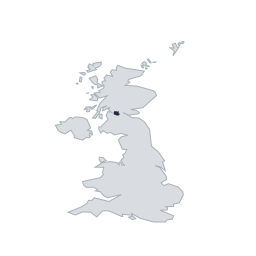 East Dunbartonshire highlighted on a map of United Kingdom, rotated 15°
{"feature_id": "GBR-2002", "entity_name": "East Dunbartonshire", "entity_type": "Unitary District", "adm_level": 1, "iso_a3": "GBR", "parent_name": "United Kingdom", "parent_adm1": "", "projection": "natural_earth1", "projection_center": [-4.202, 55.959], "detail": "fine", "context": "in_parent", "style": "filled", "palette": "slate", "viewbox_px": 256, "rotation_deg": 15, "n_neighbors": 0, "source": "natural_earth", "source_scale": "10m", "svg_char_len": 4107}
<svg xmlns="http://www.w3.org/2000/svg" viewBox="0 0 256 256"><g transform="rotate(15 128 128)"><path d="M138.8,194.0L126.4,200.5L122.5,200.0L117.8,196.7L112.8,197.2L114.9,195.5L110.6,194.0L103.1,196.1L99.9,194.6L97.9,191.4L114.0,183.2L116.4,179.2L115.0,178.0L114.7,172.3L106.3,174.3L112.3,168.1L119.5,165.1L125.8,164.3L129.1,165.9L128.1,163.5L129.5,162.9L131.6,165.1L134.0,165.0L129.5,161.3L131.5,157.3L129.8,155.2L131.8,153.1L132.3,149.1L128.0,150.0L121.9,142.1L123.7,138.3L129.8,135.0L122.5,135.1L116.7,138.1L112.5,136.9L108.8,138.5L104.5,136.9L103.2,139.8L100.0,136.7L99.5,134.4L101.2,134.4L106.5,125.0L103.5,121.4L104.5,117.3L107.9,117.1L104.2,115.1L104.8,113.1L99.0,118.0L98.9,114.8L102.1,111.8L96.6,115.7L96.6,120.2L94.1,127.1L91.1,127.5L94.9,119.6L93.2,119.4L94.5,111.5L99.5,102.3L92.9,106.4L86.2,103.0L91.9,100.6L90.1,99.7L93.9,96.1L94.3,93.8L91.1,91.2L91.0,89.6L94.1,88.2L91.8,86.0L93.7,82.2L100.0,82.2L96.5,78.8L97.5,75.8L102.1,75.4L101.0,73.2L102.0,70.0L110.1,70.9L129.1,68.8L126.9,74.3L116.2,80.8L115.6,82.7L118.0,83.3L114.2,87.6L125.9,85.2L142.8,85.4L145.7,87.0L147.0,89.5L137.1,104.5L125.8,109.4L131.7,108.8L135.0,110.3L134.7,111.4L125.1,115.5L119.1,114.3L129.5,116.9L135.8,115.5L142.2,117.8L149.2,123.8L155.4,139.5L163.4,143.2L171.9,150.2L170.2,152.0L175.0,159.5L169.4,157.2L163.8,157.4L169.1,158.0L177.3,164.6L178.6,167.8L174.2,172.5L177.6,174.3L181.6,171.3L191.8,172.1L197.4,175.3L198.8,178.5L196.8,187.0L191.7,189.7L192.4,192.0L184.9,194.2L187.0,194.9L187.0,197.1L180.3,199.1L194.7,201.0L194.5,204.3L189.5,206.8L188.3,209.1L177.4,212.1L163.0,212.1L153.7,209.6L155.0,211.1L144.8,212.8L145.9,214.7L144.8,215.1L130.8,213.0L124.9,214.6L120.9,221.9L113.4,219.0L105.6,220.9L99.9,225.6L92.0,224.9L103.2,216.4L107.7,211.9L108.6,208.1L111.9,207.2L113.5,204.2L128.7,203.9L138.8,194.0ZM87.4,151.4L78.4,151.3L78.4,149.4L73.4,144.9L68.8,149.9L64.8,149.7L61.2,148.4L57.2,144.1L62.8,141.5L60.6,139.6L65.8,138.4L68.3,133.6L70.6,132.5L72.2,133.3L74.4,130.8L81.1,129.8L86.0,130.2L91.8,137.5L89.5,140.7L93.7,140.3L95.2,143.2L95.0,144.3L92.4,142.3L92.6,145.4L94.0,145.6L93.3,147.4L90.1,148.1L87.4,151.4ZM85.6,73.6L83.8,76.7L80.7,78.4L82.4,79.7L75.0,84.5L73.2,83.4L76.4,81.4L73.7,80.0L74.7,79.2L73.3,78.4L74.1,76.1L78.3,76.7L77.6,74.7L85.1,71.1L85.6,73.6ZM86.2,88.9L86.3,92.3L92.8,93.9L88.3,97.2L87.7,94.4L83.7,94.3L77.6,90.0L83.3,86.0L86.2,88.9ZM151.8,33.9L154.7,37.3L156.1,36.8L152.9,46.7L153.0,41.9L147.9,39.6L151.8,38.8L149.0,35.9L151.8,33.9ZM91.1,109.8L83.6,110.7L86.1,107.1L83.6,105.7L86.6,104.3L91.4,107.1L91.1,109.8ZM111.6,163.1L115.4,165.1L110.8,168.3L108.2,165.9L108.0,163.6L111.6,163.1ZM86.1,117.3L86.7,122.2L83.6,123.1L83.7,120.0L81.0,121.5L82.1,118.6L86.1,117.3ZM129.1,60.5L128.8,62.2L133.1,63.1L127.5,63.7L124.9,61.9L126.4,59.7L129.1,60.5ZM100.5,126.0L97.3,125.4L96.8,122.0L99.4,121.6L100.5,126.0ZM158.9,213.5L156.2,215.4L151.7,213.9L155.3,211.9L158.9,213.5ZM88.4,119.4L86.9,117.9L91.8,113.9L90.8,115.9L88.4,119.4ZM71.5,85.7L73.1,86.7L71.8,88.4L67.2,87.2L71.5,85.7ZM70.7,95.9L68.9,95.6L68.6,91.1L70.6,91.3L70.7,95.9ZM156.2,35.6L154.5,34.0L155.5,32.0L156.9,32.6L156.2,35.6ZM133.5,59.0L132.3,59.4L129.0,56.5L130.1,56.1L133.5,59.0ZM127.5,65.9L126.0,66.1L124.4,63.9L126.1,64.0L127.5,65.9ZM159.8,30.4L159.1,32.6L157.8,32.4L157.9,30.4L159.8,30.4ZM137.6,57.5L134.4,58.2L137.9,57.0L137.6,57.5ZM84.2,98.6L83.3,98.8L82.1,97.7L83.6,97.1L84.2,98.6ZM131.2,65.3L130.2,66.6L129.3,65.4L131.2,65.3ZM80.7,104.7L78.7,105.3L81.3,104.0L80.7,104.7ZM68.3,98.6L67.1,98.8L66.6,98.5L67.8,97.6L68.3,98.6Z" fill="#d9dde1" stroke="#a8b0b8" stroke-width="1"/><path d="M114.1,115.5L114.1,115.8L114.3,115.9L114.3,116.3L114.4,116.7L114.5,116.9L115.0,116.8L115.4,116.8L115.5,116.9L115.5,117.1L115.5,117.4L115.3,117.6L115.1,117.7L114.7,117.7L114.0,117.6L113.7,117.7L113.7,117.8L113.8,118.0L113.6,118.0L113.4,118.0L113.1,118.0L112.8,117.9L112.5,117.6L112.3,117.5L112.2,117.6L111.9,117.8L111.6,117.9L111.4,117.8L111.2,117.7L111.0,117.2L111.0,116.4L111.8,116.8L112.2,116.7L112.4,116.6L112.3,116.2L112.0,115.7L112.6,115.6L113.3,115.6L113.6,115.8L113.8,115.7L114.1,115.5Z" fill="#64748b" stroke="#1e293b" stroke-width="1.5"/></g></svg>